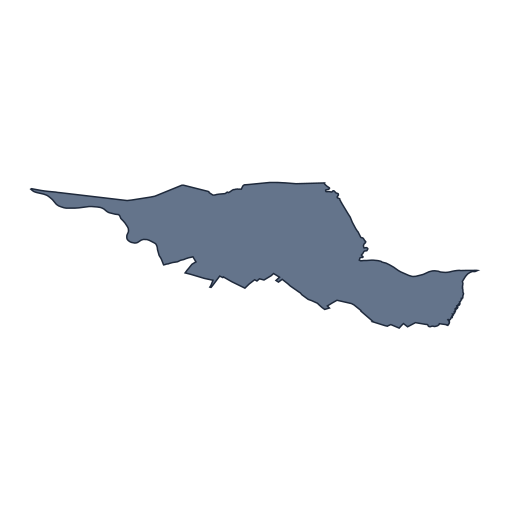 Barito Kuala, Kalimantan Selatan, Indonesia, rotated 266°
{"feature_id": "22746128B88870484763637", "entity_name": "Barito Kuala", "entity_type": "district", "adm_level": 2, "iso_a3": "IDN", "parent_name": "Indonesia", "parent_adm1": "Kalimantan Selatan", "projection": "equal_earth", "projection_center": [114.538, -3.03], "detail": "fine", "context": "isolated", "style": "filled", "palette": "slate", "viewbox_px": 512, "rotation_deg": 266, "n_neighbors": 0, "source": "geoboundaries", "source_scale": "gbopen_adm2", "svg_char_len": 6071}
<svg xmlns="http://www.w3.org/2000/svg" viewBox="0 0 512 512"><g transform="rotate(266 256 256)"><path d="M226.0,407.0L230.1,399.2L231.8,396.7L235.2,392.6L238.0,388.4L239.8,385.3L240.6,382.9L241.2,381.2L241.8,380.6L242.1,379.9L242.9,377.3L243.7,372.5L243.8,370.5L243.8,365.7L244.0,363.1L243.9,361.5L243.9,360.3L244.0,359.8L244.7,358.7L245.7,359.2L246.6,359.4L247.0,359.9L247.2,360.6L247.1,362.0L247.3,362.5L247.5,362.7L247.8,362.7L248.1,362.5L249.1,361.4L249.6,361.2L249.9,361.4L250.9,362.6L253.0,364.0L253.4,364.7L253.5,366.6L253.6,367.0L255.1,368.0L255.4,368.1L255.8,367.9L256.4,367.3L256.6,366.9L256.7,366.5L256.6,365.4L256.5,364.8L256.5,364.4L257.0,364.2L258.2,363.9L258.9,363.9L259.5,364.2L260.4,364.6L261.0,365.3L261.6,366.1L262.1,366.3L262.4,366.1L262.7,366.4L264.3,365.2L265.9,364.4L266.6,363.7L267.0,362.3L267.4,361.8L273.1,359.4L273.6,358.9L276.5,357.3L283.0,354.4L288.2,352.7L291.3,351.0L303.0,345.0L303.3,345.0L304.0,344.5L304.3,344.4L305.0,344.2L305.5,343.8L305.9,343.7L307.2,343.5L308.3,341.4L308.5,341.2L308.8,341.1L309.4,341.2L309.4,341.4L310.6,341.9L310.9,342.4L311.2,342.5L312.4,342.3L312.8,341.6L313.2,340.4L315.4,338.5L315.6,338.2L315.7,337.5L315.6,337.3L314.6,336.1L314.6,335.9L314.7,335.2L315.2,333.3L315.2,331.2L315.4,330.3L316.1,330.0L316.9,330.1L317.1,330.7L317.5,333.1L317.9,333.7L318.2,333.8L318.5,334.1L318.8,334.0L319.0,333.8L320.8,331.5L322.6,329.8L323.3,329.4L324.1,329.6L325.3,301.0L326.8,291.1L327.8,283.0L328.4,275.0L327.8,253.1L327.8,249.4L327.4,248.5L326.7,247.7L323.7,246.0L323.9,242.8L324.1,242.4L324.0,240.0L323.8,239.6L323.8,238.5L323.7,237.8L323.0,236.4L321.9,234.6L321.3,233.3L321.2,233.0L321.3,232.7L321.7,232.1L321.7,231.8L321.6,231.4L320.5,229.8L320.4,229.1L320.3,223.8L320.1,220.9L319.8,219.8L319.7,218.3L319.8,217.3L319.9,217.1L322.5,213.7L323.3,213.5L323.8,212.7L331.7,188.6L331.8,187.0L322.7,159.3L322.1,154.6L320.5,135.8L320.3,131.3L332.9,64.7L333.2,62.8L333.7,60.8L334.9,53.5L335.6,49.7L336.4,46.1L338.8,36.8L338.4,36.0L336.9,37.5L336.0,38.6L335.5,39.5L334.7,41.4L332.5,48.6L331.2,51.5L330.5,52.5L329.0,54.3L326.4,56.9L321.8,60.2L321.1,60.9L319.7,62.7L319.3,63.6L318.6,65.1L317.5,67.9L317.0,70.0L316.4,78.9L316.4,82.8L316.9,91.3L317.0,92.8L316.8,95.7L316.0,101.0L315.3,104.1L314.7,105.5L314.0,106.8L313.2,107.9L311.4,109.7L310.4,110.9L309.7,112.0L309.3,113.0L307.5,118.5L306.9,121.7L305.9,122.7L305.2,123.0L302.8,123.8L300.5,125.8L298.1,127.6L294.0,129.9L292.5,130.5L290.6,130.6L289.0,130.4L288.2,130.0L286.2,128.9L285.4,128.6L283.8,128.4L282.2,128.5L281.2,129.0L280.2,129.8L279.0,131.3L278.3,132.6L277.9,134.0L277.4,135.9L277.4,137.1L277.5,137.9L277.8,138.9L279.7,142.3L280.0,143.0L280.2,144.0L280.4,145.1L280.2,146.6L280.0,148.4L279.2,150.4L278.2,152.1L276.0,155.7L275.4,156.5L274.7,157.1L272.9,157.8L271.4,158.1L269.2,158.2L263.3,159.4L260.3,161.0L258.7,161.6L253.6,163.2L253.7,164.4L254.1,165.6L254.2,166.3L254.3,168.2L254.6,168.9L255.3,172.4L255.7,177.2L256.1,178.4L256.8,179.9L257.1,181.1L257.5,183.7L258.3,186.1L259.0,189.0L259.2,190.8L259.5,192.3L259.6,193.0L254.3,195.7L253.5,194.0L252.2,191.5L248.3,187.9L246.9,186.5L244.1,184.1L242.2,189.8L237.2,203.1L234.8,211.4L229.6,208.9L228.2,207.8L227.8,208.9L227.8,209.0L230.3,211.3L238.5,218.4L236.8,221.4L237.4,222.0L232.0,230.1L224.7,242.7L228.6,247.3L232.4,253.0L231.0,255.2L233.0,257.9L231.5,262.3L235.3,269.8L237.3,272.3L233.2,278.0L230.2,274.2L228.4,276.6L230.9,280.5L226.2,285.7L223.7,288.1L216.6,296.9L216.2,297.6L214.2,299.0L209.1,305.0L207.5,308.6L204.5,314.1L203.6,314.8L200.9,317.4L199.9,318.4L197.9,320.8L199.0,325.6L201.2,323.7L203.9,328.9L206.2,333.7L201.9,347.9L200.4,350.3L194.3,356.9L193.7,356.8L182.7,367.9L182.4,367.4L177.5,379.9L176.8,382.2L177.2,382.9L178.2,385.7L174.1,393.8L176.7,396.5L178.3,398.4L174.8,402.3L178.4,410.4L175.9,420.7L175.8,421.9L175.6,422.2L175.1,422.7L174.4,422.8L173.7,423.4L173.6,423.7L173.3,424.5L173.3,425.1L173.6,426.1L173.7,426.9L173.7,427.6L173.3,428.6L173.2,429.3L173.3,430.2L173.6,431.7L174.0,432.7L174.6,433.4L174.6,433.6L175.1,434.0L175.7,434.2L175.0,437.4L174.3,440.8L173.9,441.1L173.9,441.3L174.0,441.7L173.7,441.9L173.4,442.5L174.4,443.4L174.6,443.3L174.8,443.6L175.1,443.7L175.3,444.0L175.5,444.0L176.5,444.4L177.3,444.3L177.3,444.1L177.8,444.3L178.4,443.5L179.1,442.9L179.3,443.2L179.0,443.8L178.8,444.5L179.0,445.1L179.4,445.6L180.5,446.2L180.8,446.6L181.1,446.6L181.4,446.8L180.7,446.9L180.7,447.1L180.9,447.4L181.6,447.7L181.8,447.6L182.2,447.7L182.3,447.4L182.5,447.4L182.8,447.7L183.4,448.0L183.5,448.2L183.2,448.4L183.3,448.7L183.8,449.0L184.1,448.9L184.4,448.4L184.5,449.0L185.3,450.1L185.8,450.4L186.2,450.5L186.5,449.9L186.6,450.0L186.5,450.5L186.7,450.8L187.1,451.1L187.5,451.1L188.2,450.7L188.3,450.9L188.2,451.4L188.5,451.6L188.7,451.4L188.9,451.5L188.9,451.4L189.5,451.2L189.5,451.4L189.2,451.7L189.1,452.1L189.3,452.5L189.8,453.2L190.6,453.7L190.9,453.7L191.1,453.5L190.0,452.2L189.9,451.8L190.0,451.8L190.8,452.6L191.7,452.9L191.3,453.3L191.4,453.6L192.2,454.0L192.3,453.8L192.3,453.3L192.4,453.2L192.5,453.6L193.0,454.1L193.4,454.3L193.4,454.5L193.7,454.8L193.9,454.8L195.2,456.0L195.6,456.1L196.0,455.9L196.1,456.2L196.3,456.6L197.4,457.4L197.7,457.4L198.0,457.7L198.3,457.8L198.3,458.1L198.7,458.1L199.2,457.9L199.4,457.9L199.4,458.1L199.5,458.3L199.4,458.7L199.8,459.3L200.0,459.2L200.3,459.4L200.9,459.4L201.7,459.7L202.3,459.6L202.9,460.1L204.0,460.4L204.5,460.3L205.3,459.9L207.9,460.0L209.0,459.9L209.6,459.6L210.3,459.8L210.5,460.0L210.8,459.9L211.1,459.9L211.6,459.8L212.1,460.1L214.2,460.5L216.2,460.1L220.4,463.1L221.8,464.3L223.4,466.0L224.8,468.6L225.5,471.0L225.4,471.3L225.2,472.6L225.3,473.8L226.1,476.0L226.3,475.0L226.6,469.8L226.9,465.9L227.2,459.2L227.5,457.8L227.5,455.4L227.3,452.6L227.0,450.3L226.6,448.1L226.4,446.0L226.4,443.8L226.8,441.0L227.2,438.8L228.1,436.8L228.8,433.1L228.8,430.8L228.2,427.5L226.1,421.9L225.8,420.7L224.6,414.0L224.6,411.2L224.8,410.2L225.3,408.8L226.0,407.0ZM194.0,456.1L194.5,456.1L194.0,455.3L193.5,455.1L193.1,454.7L192.9,454.7L192.8,454.9L192.7,455.1L193.0,455.5L194.0,456.1Z" fill="#64748b" stroke="#1e293b" stroke-width="1.5"/></g></svg>